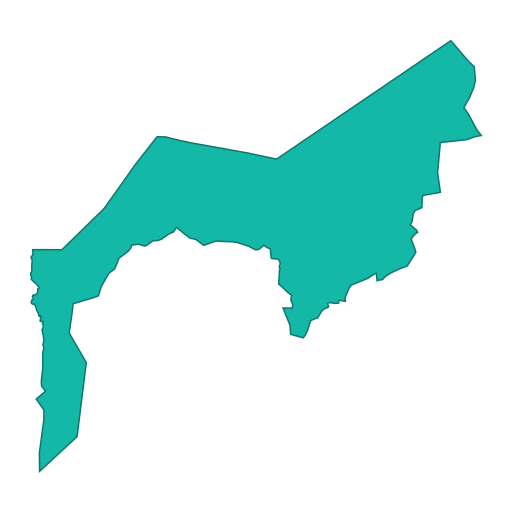 outline of Jibia, Katsina, Nigeria
{"feature_id": "59680162B54988677972163", "entity_name": "Jibia", "entity_type": "district", "adm_level": 2, "iso_a3": "NGA", "parent_name": "Nigeria", "parent_adm1": "Katsina", "projection": "natural_earth1", "projection_center": [7.313, 12.988], "detail": "fine", "context": "isolated", "style": "filled", "palette": "teal", "viewbox_px": 512, "rotation_deg": 0, "n_neighbors": 0, "source": "geoboundaries", "source_scale": "gbopen_adm2", "svg_char_len": 3084}
<svg xmlns="http://www.w3.org/2000/svg" viewBox="0 0 512 512"><path d="M39.6,471.3L75.7,437.9L77.1,436.5L86.3,362.6L69.7,333.8L69.4,331.8L72.4,310.5L73.1,303.8L82.9,300.8L92.0,298.1L98.4,295.9L101.3,286.5L108.9,273.3L114.8,268.8L119.2,258.0L128.4,251.1L130.8,248.0L131.9,245.1L137.8,244.3L138.5,244.2L145.0,246.1L147.0,245.0L153.3,240.7L157.8,240.5L161.4,239.3L162.1,238.8L164.1,237.4L168.6,234.2L173.5,231.9L176.5,227.4L184.3,233.8L190.1,238.2L195.7,239.3L203.7,245.4L208.4,243.7L216.2,241.0L224.1,241.5L232.6,241.8L237.5,242.6L247.8,245.9L255.8,249.9L258.7,249.4L263.9,245.3L267.1,247.6L270.3,248.8L271.1,257.7L272.0,258.6L278.1,259.1L278.9,259.7L279.1,260.9L279.9,261.9L280.2,263.2L280.0,264.4L279.5,265.6L279.2,266.5L279.4,267.4L280.2,268.5L279.5,269.8L278.7,284.0L283.1,287.9L288.1,292.7L290.1,294.3L291.2,294.9L291.5,295.6L291.3,297.2L291.0,298.7L291.0,300.5L291.7,302.0L292.7,304.6L292.6,305.9L292.0,308.1L283.0,308.0L289.9,325.0L290.7,334.4L303.3,337.8L305.6,334.6L307.6,330.3L310.5,320.7L314.8,318.8L317.7,317.8L319.7,314.5L321.6,311.3L322.1,310.6L323.0,309.9L325.7,308.0L327.4,307.8L327.8,307.5L328.3,306.9L328.7,306.4L328.1,305.4L327.5,303.4L329.1,302.7L330.9,302.7L332.3,303.0L333.9,303.2L334.8,303.4L336.1,303.3L338.6,303.1L339.1,300.2L343.9,301.1L345.4,301.3L345.0,297.8L349.3,287.7L351.3,285.1L355.1,283.5L367.2,278.6L375.2,273.5L376.2,273.3L377.1,280.8L379.3,279.9L381.6,279.9L382.8,279.4L383.9,277.9L387.1,275.3L390.8,273.0L400.1,268.6L407.2,266.0L415.8,252.4L414.7,248.1L411.1,239.0L413.9,235.2L415.5,233.7L417.7,232.4L416.7,230.3L414.8,228.6L410.3,224.8L412.2,221.4L413.2,213.8L415.2,210.5L421.9,207.6L422.2,199.5L422.7,195.7L422.8,195.4L440.4,192.3L437.6,172.7L439.3,154.2L440.3,142.5L466.6,139.7L475.0,136.7L481.3,135.5L476.9,129.9L468.2,113.7L463.9,107.7L469.7,97.3L473.6,88.0L475.5,80.2L474.2,66.6L468.6,61.4L450.9,40.7L448.6,42.1L441.5,47.0L436.1,50.6L425.0,58.2L403.8,72.6L399.8,75.4L394.2,79.1L388.6,82.9L384.8,85.6L380.5,88.5L371.3,94.7L361.6,101.3L354.1,106.4L340.6,115.5L331.0,122.1L327.2,124.7L301.4,142.2L294.0,147.3L280.7,156.3L278.5,157.8L276.5,159.1L253.9,154.3L253.5,154.2L250.3,153.5L246.2,152.7L233.7,150.5L222.4,148.4L212.0,146.6L190.8,142.8L175.6,139.5L165.6,136.9L157.1,136.7L140.7,157.6L134.5,165.6L127.8,175.2L104.1,208.5L102.6,210.1L97.7,214.8L90.5,221.8L75.0,237.0L61.9,249.7L32.7,249.6L33.0,254.6L31.0,257.1L32.0,259.5L32.1,261.8L31.8,264.9L31.7,268.7L31.9,271.4L30.8,272.8L30.7,275.4L31.6,276.3L31.2,279.3L35.1,283.0L36.6,284.3L38.4,286.5L39.0,287.3L39.0,288.0L38.3,288.6L37.6,289.1L37.9,290.7L37.5,292.2L36.4,294.3L35.1,294.8L33.4,294.9L32.4,296.2L33.2,298.2L33.2,299.2L31.9,299.9L31.2,302.3L31.7,303.5L32.5,304.1L34.0,304.0L35.5,306.0L36.2,308.2L37.0,310.8L38.2,312.9L38.9,315.8L39.4,316.5L40.1,315.7L40.7,315.8L40.9,318.4L40.2,319.8L40.2,321.3L43.2,321.5L42.5,323.6L43.1,324.4L43.3,325.9L43.1,327.5L42.0,329.7L43.1,334.6L43.8,338.9L43.7,341.4L42.9,344.8L43.9,348.2L42.8,352.1L42.8,367.5L41.3,381.3L41.6,386.1L45.5,391.2L36.2,399.0L43.9,410.0L43.9,419.5L39.4,452.4L39.6,471.3Z" fill="#14b8a6" stroke="#0f766e" stroke-width="1.5"/></svg>